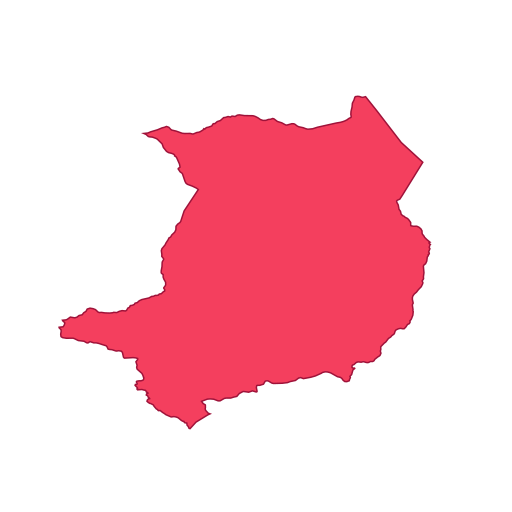 outline of Chambo, Chimborazo, Ecuador, rotated 287°
{"feature_id": "8360857B64832470835751", "entity_name": "Chambo", "entity_type": "district", "adm_level": 2, "iso_a3": "ECU", "parent_name": "Ecuador", "parent_adm1": "Chimborazo", "projection": "equal_earth", "projection_center": [-78.546, -1.744], "detail": "fine", "context": "isolated", "style": "filled", "palette": "rose", "viewbox_px": 512, "rotation_deg": 287, "n_neighbors": 0, "source": "geoboundaries", "source_scale": "gbopen_adm2", "svg_char_len": 6074}
<svg xmlns="http://www.w3.org/2000/svg" viewBox="0 0 512 512"><g transform="rotate(287 256 256)"><path d="M397.1,277.1L394.2,272.9L392.4,268.5L392.3,266.4L392.5,263.6L392.1,259.2L392.3,257.6L393.4,254.6L393.5,253.4L393.0,251.6L390.2,247.2L390.0,246.0L390.9,241.7L390.9,237.5L391.1,236.6L392.4,233.1L392.4,231.8L391.0,229.9L390.2,227.9L388.6,225.8L387.7,223.0L387.8,220.3L388.7,217.6L389.2,214.8L389.3,213.4L389.2,211.9L386.9,203.9L386.1,198.8L385.2,196.9L383.3,195.2L382.9,192.6L382.6,191.9L381.4,190.9L381.2,188.5L379.6,186.2L378.9,184.6L375.1,182.3L373.2,179.6L370.6,178.0L370.2,176.8L369.6,176.2L367.4,175.7L364.9,172.3L364.7,171.6L363.5,170.4L362.3,169.9L362.5,168.9L360.9,168.4L358.5,166.2L357.8,165.4L356.8,163.3L354.4,160.4L354.1,159.6L354.0,157.3L352.3,152.0L351.8,149.6L352.1,143.3L351.8,138.5L352.2,137.4L353.6,135.0L353.7,132.5L352.4,130.9L351.0,128.6L347.9,124.9L344.0,119.0L342.0,116.6L340.4,112.9L340.1,115.4L338.8,118.0L338.8,119.2L339.4,122.2L339.2,125.9L338.9,127.4L335.8,133.4L332.7,135.7L329.9,139.8L329.3,142.1L329.5,145.3L329.3,147.3L329.0,148.2L328.6,148.7L327.9,148.9L327.6,150.3L326.8,151.4L321.6,155.9L318.8,157.4L317.0,156.1L316.5,156.1L314.3,158.8L313.6,160.9L313.0,161.7L306.6,166.3L305.2,167.7L304.5,169.4L304.2,174.7L303.5,179.2L302.7,181.4L278.1,174.1L267.3,173.9L265.8,173.5L263.6,171.8L261.1,170.8L257.7,171.7L255.0,171.3L251.5,169.3L249.2,168.8L247.7,167.4L246.2,167.3L242.1,166.1L240.0,165.8L235.5,163.9L233.4,163.9L230.0,165.5L228.1,166.0L226.3,168.5L225.7,168.7L223.1,168.1L222.1,168.2L218.4,169.2L214.1,169.7L212.4,170.2L211.8,170.7L211.1,172.6L208.6,173.4L207.0,174.6L204.5,177.2L202.2,178.0L201.3,178.0L198.7,177.1L198.1,177.3L197.2,178.5L195.8,178.9L194.7,177.8L192.3,176.5L191.3,174.6L190.1,174.1L189.2,172.4L188.9,171.2L187.4,169.6L186.9,168.1L184.6,165.9L181.0,159.6L179.4,157.8L178.3,156.9L176.8,156.2L175.5,154.1L174.1,153.8L172.6,152.0L171.9,150.4L171.2,150.1L170.7,150.2L169.6,149.7L168.8,148.7L166.2,148.1L165.3,147.3L164.6,143.9L163.1,141.4L161.2,139.4L160.5,136.3L159.8,135.5L158.6,132.6L157.4,128.1L156.9,124.7L156.1,122.6L156.2,121.4L157.8,118.2L158.0,115.6L157.6,112.5L155.9,110.1L153.4,109.6L151.3,107.8L149.0,107.0L147.3,104.1L145.2,102.7L143.9,100.8L143.3,96.3L140.1,93.9L139.3,92.8L138.0,89.7L137.4,90.3L136.4,92.5L135.7,92.8L133.6,92.8L131.9,92.2L130.3,88.5L129.8,88.7L128.5,91.1L126.9,91.7L124.1,92.1L122.1,93.0L121.8,93.3L121.4,95.0L121.9,98.6L123.9,105.1L123.9,106.3L123.2,110.8L124.2,116.4L123.5,119.4L123.7,120.7L125.6,122.3L125.5,126.2L126.2,128.6L126.4,130.6L126.3,139.1L125.8,139.9L123.7,141.8L123.8,143.3L124.3,145.7L124.2,149.5L124.4,150.6L125.3,152.4L125.6,155.2L124.6,156.5L120.6,158.8L120.2,159.2L119.9,160.1L122.9,168.2L123.4,170.7L123.4,172.8L122.5,173.1L119.7,172.1L116.8,174.2L114.7,174.4L113.8,174.9L113.0,175.5L110.4,181.2L108.4,183.1L107.4,183.6L107.2,184.1L105.6,184.6L104.7,184.5L103.7,183.6L102.9,182.2L102.5,180.8L101.5,178.7L100.9,178.4L100.6,178.4L99.3,179.7L98.6,179.7L98.2,179.2L97.9,178.2L96.9,178.2L95.4,181.0L94.9,181.4L94.3,181.0L93.8,181.2L93.4,181.9L95.0,186.0L95.0,187.6L95.2,189.6L94.8,190.2L93.8,191.0L93.8,192.1L93.4,192.7L93.1,192.8L92.2,191.7L91.0,191.7L90.6,193.3L89.1,194.6L89.0,195.5L88.5,196.0L87.7,194.8L86.6,194.2L85.2,194.2L84.4,195.9L84.0,197.6L84.1,198.7L83.6,201.2L83.1,201.9L82.6,202.3L80.6,205.4L80.4,206.7L79.7,207.5L79.6,208.0L80.2,209.6L79.1,212.3L78.6,214.3L77.9,216.2L77.3,221.6L77.4,222.3L78.3,224.1L78.6,225.5L78.7,227.2L78.5,229.0L77.0,232.5L76.6,234.0L76.7,235.6L76.0,236.0L75.7,236.7L76.0,238.7L74.1,239.5L73.1,241.1L71.6,242.4L71.6,243.4L79.6,247.2L90.0,256.4L91.6,258.2L91.7,256.3L93.7,252.9L95.0,252.1L96.1,252.0L98.6,251.2L98.9,250.9L99.4,248.7L101.1,246.4L104.9,251.3L105.9,253.9L106.7,257.4L106.4,262.1L107.0,264.0L110.5,267.3L111.4,268.9L112.8,273.4L114.6,276.0L116.1,278.7L119.6,280.2L122.7,283.3L123.2,286.0L123.6,288.8L126.0,292.1L126.0,295.7L126.2,296.4L126.9,296.6L130.3,294.8L132.3,294.6L132.7,295.1L133.4,297.4L135.6,300.6L138.9,301.4L139.4,302.0L140.0,303.4L140.0,304.6L139.1,308.3L139.2,310.0L142.0,318.3L144.1,323.1L145.9,325.4L148.5,330.1L151.7,332.4L152.8,334.3L152.6,337.2L156.1,343.9L158.7,347.9L163.0,352.8L164.1,353.7L165.5,356.1L166.0,358.3L166.1,360.6L166.0,361.9L164.4,369.2L164.6,372.2L164.0,373.9L162.6,375.7L161.9,377.6L162.4,379.6L164.0,381.7L165.0,381.5L167.3,381.8L168.4,381.0L170.5,382.1L175.3,382.0L177.3,383.3L177.6,383.0L177.2,381.5L177.4,380.5L178.8,380.0L179.8,380.1L180.8,381.4L183.6,383.1L184.6,384.6L185.2,387.6L186.3,389.5L186.4,390.3L186.4,392.5L186.6,393.7L187.1,394.8L188.5,396.2L189.2,398.4L189.9,399.1L190.4,399.5L191.9,399.8L195.0,401.9L196.7,403.4L197.4,403.7L199.6,403.9L201.4,402.7L203.0,402.7L205.7,401.8L210.2,404.1L211.6,405.2L215.9,406.8L217.9,408.5L219.6,409.2L221.5,410.7L222.4,411.0L224.9,411.0L226.4,411.6L228.2,413.7L229.1,415.5L229.3,417.7L229.8,419.0L232.0,420.1L234.8,420.9L236.2,422.4L237.9,422.7L239.1,422.1L240.1,422.7L241.2,423.0L245.3,423.3L248.8,422.6L249.6,422.0L250.7,421.8L254.5,420.0L255.5,419.8L256.9,420.1L260.1,418.3L262.0,417.7L263.7,417.7L266.0,418.5L268.3,420.0L271.2,421.1L274.9,423.0L278.2,423.5L279.3,423.4L280.7,422.2L283.2,422.9L285.0,422.2L289.1,421.5L295.3,419.0L296.9,419.4L298.1,420.4L301.0,420.8L305.1,420.1L306.8,420.7L307.5,420.3L308.5,421.0L309.4,420.9L310.4,419.9L313.8,420.2L314.6,419.3L315.2,419.1L317.4,419.1L318.0,419.4L318.7,417.9L319.1,417.7L319.6,417.6L320.1,418.3L321.7,414.5L323.2,411.7L324.0,411.0L325.6,408.7L326.3,408.2L328.6,407.4L330.2,405.7L331.2,403.3L331.5,401.0L330.5,398.0L330.2,395.4L330.5,395.0L333.3,394.1L335.4,391.4L336.2,389.9L336.6,387.4L337.3,385.9L337.4,384.6L338.4,382.6L341.0,381.1L342.5,379.1L346.4,377.1L348.6,374.9L349.4,374.5L349.8,374.4L350.7,374.9L352.4,376.9L356.5,378.1L394.4,388.1L407.0,361.7L429.9,329.5L440.4,314.2L438.9,311.7L438.7,310.1L438.8,308.5L438.5,306.7L437.5,304.5L436.7,304.1L433.8,304.1L430.3,303.5L426.5,304.3L422.0,304.6L419.1,305.3L417.4,306.2L416.3,306.3L414.5,304.4L412.9,303.3L411.1,301.4L409.9,299.8L408.5,297.6L406.6,293.8L397.1,277.1Z" fill="#f43f5e" stroke="#9f1239" stroke-width="1.5"/></g></svg>